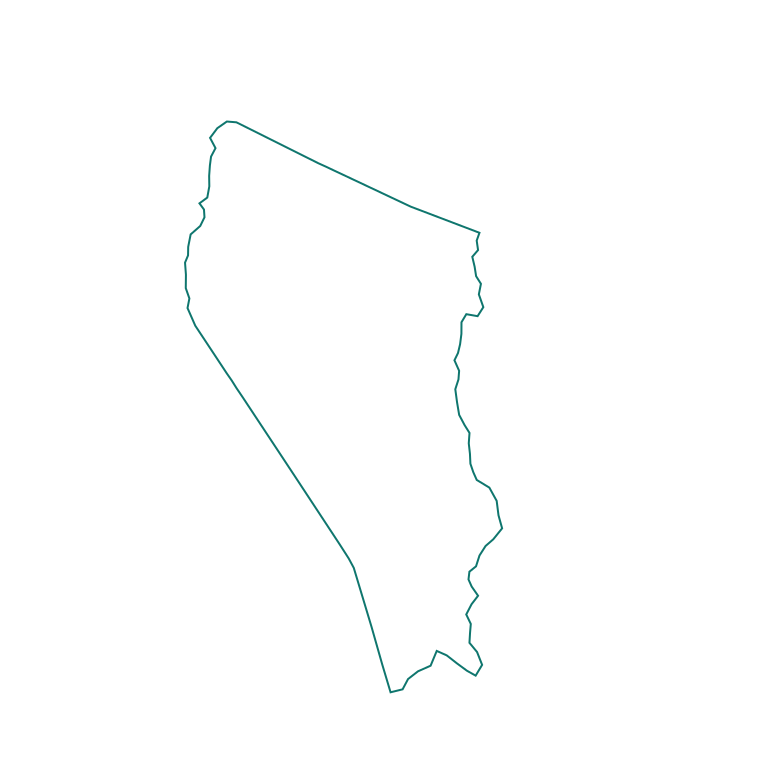 Firmino Alves, Bahia, Brazil (orthographic projection), rotated 156°
{"feature_id": "56859067B48990974542345", "entity_name": "Firmino Alves", "entity_type": "district", "adm_level": 2, "iso_a3": "BRA", "parent_name": "Brazil", "parent_adm1": "Bahia", "projection": "orthographic", "projection_center": [-39.914, -14.923], "detail": "fine", "context": "isolated", "style": "outline", "palette": "teal", "viewbox_px": 768, "rotation_deg": 156, "n_neighbors": 0, "source": "geoboundaries", "source_scale": "gbopen_adm2", "svg_char_len": 1323}
<svg xmlns="http://www.w3.org/2000/svg" viewBox="0 0 768 768"><g transform="rotate(156 384 384)"><path d="M503.4,99.7L491.2,97.5L482.0,104.7L469.8,107.7L456.0,107.7L444.4,118.7L437.1,110.6L431.1,99.3L424.9,88.4L418.9,80.3L408.6,87.5L408.0,101.3L411.2,112.8L406.7,121.5L402.3,129.5L402.6,140.0L393.6,147.2L384.2,152.3L386.3,163.3L386.3,171.1L382.3,177.8L374.1,180.0L366.5,188.5L357.1,194.7L347.3,197.7L334.8,204.1L332.8,217.5L328.6,231.4L329.9,246.5L338.3,258.6L338.3,267.0L337.5,276.0L333.9,285.2L330.7,295.3L325.8,304.5L327.1,313.7L327.9,325.2L324.7,337.6L321.0,350.2L314.1,357.9L310.0,365.5L310.0,377.0L303.8,382.2L298.3,389.4L292.9,398.3L288.1,408.9L280.4,414.3L270.9,407.9L262.0,413.8L260.9,427.3L254.7,436.1L256.0,445.0L253.5,454.3L251.6,464.3L243.6,468.1L241.0,477.3L235.3,483.3L287.4,535.1L343.2,599.8L348.6,606.1L354.3,612.5L412.4,683.1L420.8,687.7L432.2,685.5L442.8,679.6L442.0,668.0L449.5,662.1L454.2,654.4L459.1,645.2L463.2,635.6L469.6,626.2L479.1,624.1L477.5,616.6L480.2,609.3L487.6,603.1L499.8,599.3L507.1,588.9L510.7,581.2L516.4,575.8L520.5,564.4L526.1,552.2L527.0,541.3L532.6,533.3L532.7,514.0L528.2,487.1L523.3,457.6L521.7,449.2L520.4,440.1L518.5,429.4L505.9,353.7L502.5,333.2L489.7,255.4L487.2,239.0L486.4,228.3L494.2,167.0L499.7,128.4L503.4,99.7Z" fill="none" stroke="#0f766e" stroke-width="2"/></g></svg>